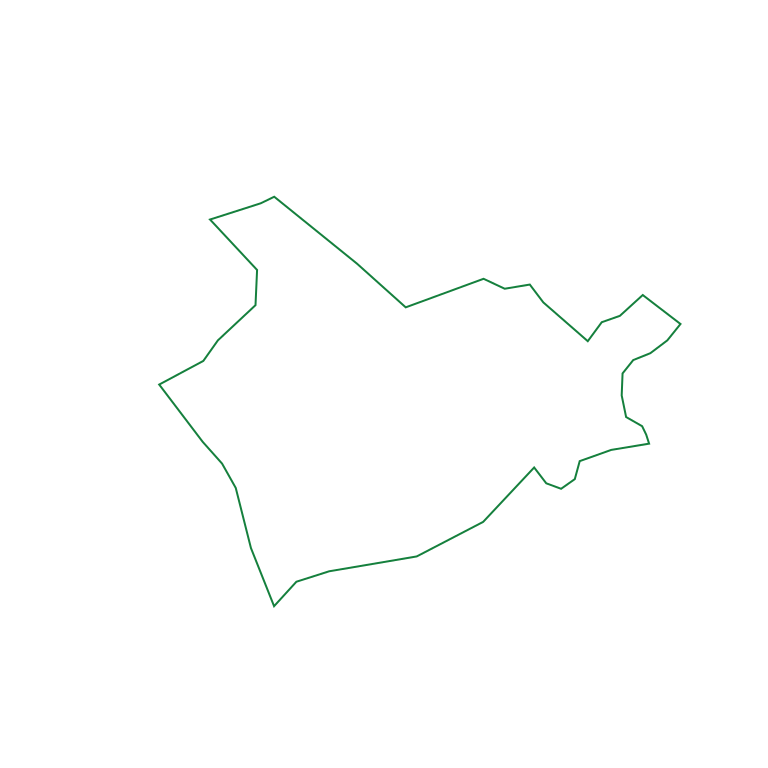 the border of Kotido, rotated 131°
{"feature_id": "UGA-3123", "entity_name": "Kotido", "entity_type": "County", "adm_level": 1, "iso_a3": "UGA", "parent_name": "Uganda", "parent_adm1": "", "projection": "robinson", "projection_center": [33.884, 2.985], "detail": "fine", "context": "isolated", "style": "outline", "palette": "green", "viewbox_px": 768, "rotation_deg": 131, "n_neighbors": 0, "source": "natural_earth", "source_scale": "10m", "svg_char_len": 694}
<svg xmlns="http://www.w3.org/2000/svg" viewBox="0 0 768 768"><g transform="rotate(131 384 384)"><path d="M147.1,247.1L144.2,199.6L165.2,198.8L186.0,203.2L202.4,211.6L219.5,210.9L236.7,197.1L250.1,179.6L246.5,161.5L250.2,152.9L255.1,144.8L284.7,169.3L313.8,185.7L330.6,177.6L346.9,181.6L352.5,196.4L348.5,215.9L423.0,218.7L492.7,246.2L561.3,302.5L590.7,320.4L623.8,321.2L595.1,376.8L559.7,427.7L550.3,454.0L546.6,482.9L531.9,553.3L485.1,535.5L460.0,538.0L408.8,532.7L381.2,554.6L374.0,623.2L328.5,595.6L314.7,589.7L310.9,483.2L311.9,417.9L239.3,377.9L232.9,355.4L213.3,339.2L217.9,317.3L218.0,258.3L194.5,260.2L177.8,250.7L147.1,247.1Z" fill="none" stroke="#15803d" stroke-width="2"/></g></svg>